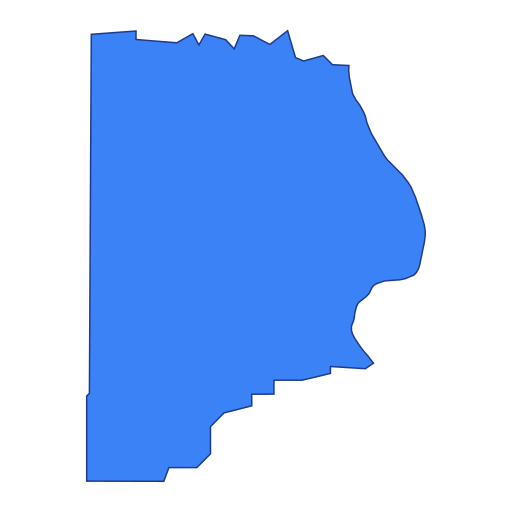 Cape Girardeau, Missouri, United States of America
{"feature_id": "52423323B27788547677425", "entity_name": "Cape Girardeau", "entity_type": "district", "adm_level": 2, "iso_a3": "USA", "parent_name": "United States of America", "parent_adm1": "Missouri", "projection": "natural_earth1", "projection_center": [-89.566, 37.365], "detail": "fine", "context": "isolated", "style": "filled", "palette": "blue", "viewbox_px": 512, "rotation_deg": 0, "n_neighbors": 0, "source": "geoboundaries", "source_scale": "gbopen_adm2", "svg_char_len": 1160}
<svg xmlns="http://www.w3.org/2000/svg" viewBox="0 0 512 512"><path d="M86.7,481.1L163.8,481.3L168.9,467.6L196.8,467.6L210.5,453.8L210.5,426.6L224.0,412.9L251.8,405.8L251.7,394.2L264.4,394.2L273.9,394.1L274.0,380.2L302.1,380.2L330.4,373.4L330.5,366.5L365.4,368.7L374.0,362.8L373.1,362.9L368.1,356.2L363.7,351.2L360.3,346.7L354.8,338.5L352.5,334.0L351.5,330.6L351.4,327.0L352.0,324.5L353.4,321.3L354.3,317.6L354.7,313.4L356.4,306.7L358.0,303.5L359.2,302.1L366.1,296.6L369.1,293.5L372.1,287.3L373.5,285.7L373.7,285.4L376.1,284.0L377.4,283.3L384.7,280.9L399.8,279.8L405.2,278.7L414.0,275.0L416.4,272.5L418.8,267.9L419.9,263.9L424.6,240.9L425.3,234.1L425.1,230.0L424.3,225.2L421.6,215.4L415.4,197.1L411.1,187.3L408.3,182.7L402.6,175.2L387.2,159.7L383.9,155.0L371.4,133.7L367.1,123.3L365.2,115.8L363.1,111.1L359.7,105.0L355.9,99.9L352.9,94.4L352.4,92.8L349.3,77.2L348.7,70.7L348.9,65.5L332.4,64.7L323.3,55.5L303.5,61.0L295.5,57.6L287.6,30.7L269.9,44.5L253.4,35.8L239.9,35.3L234.2,48.9L225.6,39.7L205.1,34.1L198.9,45.0L192.9,33.7L176.7,42.8L136.0,39.5L136.0,31.0L91.3,34.3L89.4,393.4L86.7,396.0L86.7,481.1Z" fill="#3b82f6" stroke="#1e3a8a" stroke-width="1.5"/></svg>